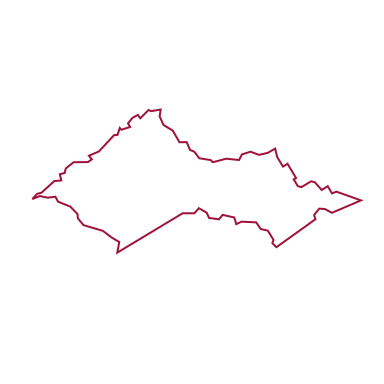 the district of Yuba, California, United States of America, rotated 59°
{"feature_id": "52423323B63323326586067", "entity_name": "Yuba", "entity_type": "district", "adm_level": 2, "iso_a3": "USA", "parent_name": "United States of America", "parent_adm1": "California", "projection": "orthographic", "projection_center": [-121.36, 39.279], "detail": "fine", "context": "isolated", "style": "outline", "palette": "rose", "viewbox_px": 384, "rotation_deg": 59, "n_neighbors": 0, "source": "geoboundaries", "source_scale": "gbopen_adm2", "svg_char_len": 1223}
<svg xmlns="http://www.w3.org/2000/svg" viewBox="0 0 384 384"><g transform="rotate(59 192 192)"><path d="M286.2,51.5L266.1,68.0L265.3,72.7L256.9,72.7L257.1,79.8L246.8,81.7L244.2,84.4L244.2,95.7L241.4,98.3L233.6,98.3L233.6,95.6L217.0,95.6L217.1,100.9L206.0,101.0L197.6,98.4L197.5,106.9L194.7,115.4L187.6,121.1L185.5,129.8L188.8,135.2L181.1,145.5L177.2,158.8L174.3,159.5L166.8,168.4L158.6,169.3L154.9,172.0L146.5,170.9L142.9,177.1L129.4,176.9L119.9,181.9L110.5,180.8L105.2,176.4L101.6,185.5L99.3,187.0L102.2,198.3L98.0,198.7L97.8,204.8L100.2,211.5L104.4,211.6L102.3,220.4L99.9,220.9L104.7,226.5L103.1,229.5L109.3,250.9L107.8,261.7L112.4,261.1L112.8,265.7L105.5,278.1L106.8,288.0L110.1,291.4L108.7,296.1L114.8,298.1L111.7,304.4L115.1,321.4L113.8,325.7L115.8,332.5L117.1,324.5L122.5,318.7L125.7,311.5L131.3,311.8L141.9,303.8L152.0,301.5L155.7,303.4L164.5,302.1L179.4,288.4L189.5,284.4L197.4,280.1L205.5,287.3L205.4,211.0L211.5,200.9L209.4,194.5L217.2,190.1L223.0,190.7L229.3,183.0L227.4,177.5L235.6,168.9L242.4,170.6L242.9,164.9L251.1,152.6L259.1,152.2L264.2,146.9L275.0,146.8L277.1,149.4L282.8,148.1L278.9,100.2L274.6,99.2L271.8,91.5L275.0,86.9L281.9,82.8L286.2,51.5Z" fill="none" stroke="#9f1239" stroke-width="2"/></g></svg>